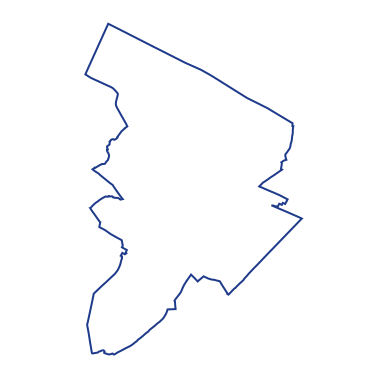 the district of San José Chiapa, Puebla, Mexico, rotated 272°
{"feature_id": "50627088B16531024966983", "entity_name": "San José Chiapa", "entity_type": "district", "adm_level": 2, "iso_a3": "MEX", "parent_name": "Mexico", "parent_adm1": "Puebla", "projection": "robinson", "projection_center": [-97.747, 19.248], "detail": "fine", "context": "isolated", "style": "outline", "palette": "blue", "viewbox_px": 384, "rotation_deg": 272, "n_neighbors": 0, "source": "geoboundaries", "source_scale": "gbopen_adm2", "svg_char_len": 5760}
<svg xmlns="http://www.w3.org/2000/svg" viewBox="0 0 384 384"><g transform="rotate(272 192 192)"><path d="M90.7,232.0L91.1,232.4L92.3,233.5L94.9,235.8L97.0,237.7L97.5,238.4L97.5,238.5L99.9,240.6L100.3,241.1L101.7,242.3L104.1,244.8L105.8,246.5L107.4,247.4L108.1,248.1L109.3,249.1L110.6,250.2L111.7,251.0L118.0,256.5L121.3,259.6L134.5,271.3L137.4,274.0L140.9,277.1L164.8,298.6L169.3,302.7L169.5,302.3L171.8,296.6L173.7,291.8L176.0,286.0L178.1,280.5L181.5,271.8L181.3,272.8L181.3,273.3L181.3,273.7L181.2,273.9L180.8,275.3L180.5,276.1L180.6,278.3L183.3,279.6L182.8,280.9L182.3,282.2L184.3,283.2L183.8,284.4L183.3,285.5L185.8,286.7L185.8,286.8L188.0,287.8L188.4,286.9L188.7,286.3L189.2,285.2L189.7,284.1L190.2,283.2L191.0,281.5L191.6,280.2L191.9,279.6L192.6,277.8L193.1,276.6L193.6,275.2L194.1,274.1L194.7,272.4L195.3,270.8L197.1,266.2L197.8,264.4L198.6,262.4L198.9,261.6L199.9,259.0L202.2,261.1L203.7,262.4L204.4,263.4L205.7,265.3L206.9,266.9L207.9,268.2L209.0,269.6L211.5,273.1L213.3,275.6L213.5,275.8L217.5,281.2L218.1,280.1L221.7,280.6L222.6,280.7L224.3,280.8L224.8,280.3L226.5,282.5L226.7,283.0L227.5,285.2L228.6,284.7L231.9,283.9L232.8,284.1L233.4,284.4L235.6,286.0L237.0,286.8L238.1,287.7L238.8,288.0L239.7,288.3L240.5,288.6L241.0,288.7L243.5,289.0L243.9,289.0L244.1,289.1L244.4,289.3L244.7,289.3L245.3,289.5L245.6,289.6L246.0,289.6L246.3,289.6L246.5,289.7L246.6,289.8L246.9,289.9L247.3,289.9L248.1,290.0L249.1,290.0L250.0,290.0L250.5,290.1L252.0,290.2L252.5,290.5L254.6,290.6L258.0,290.6L260.5,290.8L261.1,290.9L261.0,290.5L261.3,290.0L264.2,290.1L273.9,272.6L276.5,267.9L278.3,264.7L279.7,261.7L287.9,243.7L294.3,232.6L299.0,224.5L303.1,217.4L305.7,212.9L307.4,210.0L309.8,205.7L314.3,197.0L320.9,180.7L335.1,150.0L335.5,149.1L354.1,109.2L357.2,102.4L316.1,85.5L308.5,82.4L306.1,81.4L305.8,81.3L305.0,82.8L304.0,84.4L302.5,87.0L296.3,101.9L294.9,105.3L294.4,106.5L293.7,108.1L292.8,109.5L291.6,110.9L289.5,112.9L288.2,114.1L287.8,114.3L287.5,114.5L287.1,114.5L286.6,114.4L285.9,114.3L284.4,114.0L283.2,113.7L281.5,113.3L279.3,112.9L278.1,112.8L277.4,112.8L276.6,112.9L275.8,113.1L275.2,113.3L274.6,113.6L273.6,114.1L272.0,115.1L266.2,118.6L262.8,120.7L257.7,123.8L255.3,125.1L253.4,122.6L253.2,122.7L252.1,121.4L251.1,120.4L250.4,119.6L244.4,115.5L244.2,115.8L243.9,115.7L243.7,115.4L243.2,115.1L242.6,114.6L242.4,114.2L241.8,113.0L241.7,112.8L241.5,112.7L241.5,112.4L242.0,111.4L242.0,110.8L241.8,110.2L241.4,109.6L240.9,109.1L240.9,108.9L240.7,108.8L240.2,108.7L239.9,108.4L239.7,108.0L239.5,107.8L239.1,107.9L238.7,108.1L238.3,108.1L237.9,108.0L237.7,107.9L237.0,108.0L236.5,107.8L236.0,107.4L235.7,106.8L234.9,105.8L234.1,105.4L233.5,105.6L232.6,106.1L231.5,106.4L231.3,105.8L231.3,105.5L230.9,105.5L229.3,106.0L228.1,106.9L226.9,107.5L225.3,107.9L222.7,107.4L222.2,107.1L221.7,107.0L220.9,106.8L220.3,106.3L219.7,105.6L218.8,104.9L217.9,104.5L217.2,104.0L216.9,103.0L216.9,102.0L216.8,100.9L216.6,100.5L216.1,100.1L216.0,99.4L212.7,94.4L213.0,94.0L212.2,93.1L211.2,91.8L210.2,93.1L209.4,94.3L207.3,97.8L206.5,98.8L205.6,99.8L198.3,109.4L196.3,112.4L194.0,114.0L192.7,115.0L189.7,117.2L189.6,117.3L184.6,121.2L183.4,122.2L182.6,122.9L182.5,123.0L181.9,120.8L182.3,120.1L182.7,119.6L182.9,119.3L183.2,118.8L183.4,118.2L183.5,117.3L183.5,114.9L183.6,114.6L183.8,114.2L183.9,113.9L183.9,113.5L184.0,113.1L184.6,112.9L184.8,112.7L184.8,112.3L184.8,111.7L184.8,111.1L184.7,110.1L184.8,109.6L185.1,109.3L185.1,108.8L184.9,108.6L184.6,108.5L184.4,108.3L184.3,107.8L184.4,107.1L184.5,106.6L184.5,106.0L184.2,105.3L184.1,104.9L183.9,104.7L182.3,102.0L180.5,99.5L179.2,98.1L178.5,97.0L177.6,95.9L176.5,94.7L176.4,94.6L174.8,93.1L174.2,92.5L172.2,91.0L172.2,90.9L171.1,91.6L170.1,92.4L168.4,93.6L167.6,94.3L165.1,96.2L163.8,97.2L158.9,100.9L158.6,101.4L154.0,100.6L153.7,100.6L151.5,105.2L151.0,106.2L147.1,112.2L143.5,119.1L142.5,121.3L141.4,123.4L136.0,124.7L134.3,123.9L131.7,128.9L130.3,128.3L128.8,127.7L128.4,128.4L127.4,127.1L128.7,124.5L125.8,123.0L125.2,124.3L124.4,124.3L124.1,124.2L123.8,124.1L123.5,124.4L119.6,123.3L117.3,122.9L114.4,121.9L111.3,120.5L110.2,119.7L108.9,118.8L107.3,117.6L100.8,111.1L98.8,109.2L95.9,106.1L87.0,97.4L76.4,95.6L58.4,92.4L55.7,91.8L48.5,93.4L42.5,94.6L38.1,95.4L30.9,96.9L28.4,97.4L27.4,97.7L27.2,98.1L27.3,99.2L27.7,100.6L28.2,103.1L28.2,103.3L28.5,103.7L28.9,104.2L29.2,104.5L29.4,105.0L29.6,105.6L30.5,107.6L30.7,108.9L30.5,109.4L29.6,110.2L28.4,109.8L28.2,109.8L27.6,111.3L26.9,113.8L26.8,114.7L26.9,115.8L27.2,116.6L27.6,117.5L27.8,118.3L27.7,118.5L27.0,119.1L26.9,120.0L27.7,121.3L28.7,122.7L29.2,123.5L29.4,123.9L29.7,124.4L29.9,124.8L30.2,125.3L30.5,125.9L31.4,127.5L31.7,128.1L32.4,129.2L32.8,130.0L33.8,131.6L34.2,132.4L34.6,133.2L34.9,133.7L35.2,134.3L35.6,135.0L36.2,136.0L36.6,136.6L38.2,138.7L38.9,139.4L39.7,140.3L40.6,141.5L41.4,142.5L41.7,142.6L42.3,143.0L43.2,144.1L44.0,145.1L45.0,146.3L45.6,147.0L46.4,147.9L49.4,151.0L51.1,153.3L52.5,154.2L56.7,159.1L59.5,162.1L61.3,164.3L64.0,167.0L65.6,168.2L69.0,170.1L71.5,171.1L73.7,171.6L73.8,171.7L73.9,173.1L74.0,174.3L74.1,175.9L74.3,178.2L74.4,179.7L74.5,179.7L77.9,179.2L81.8,178.8L82.0,178.7L82.5,178.3L82.8,178.3L85.1,179.8L87.8,181.8L90.2,183.5L91.8,184.5L94.7,185.6L94.9,185.7L95.2,185.8L95.5,185.8L96.0,186.1L96.9,186.5L98.1,187.0L99.5,187.7L100.3,188.2L101.4,188.8L102.6,189.5L107.0,192.4L109.4,193.9L109.1,194.2L107.7,195.8L106.9,196.6L106.2,197.4L104.5,199.1L104.3,199.4L102.8,200.8L103.7,201.7L108.1,206.5L107.6,207.8L107.4,208.2L106.0,211.5L105.4,213.9L105.3,214.1L105.0,216.7L105.1,217.0L104.5,219.3L104.4,219.8L104.0,221.8L103.8,222.8L102.7,223.6L102.0,224.0L101.3,224.4L100.8,224.8L100.2,225.2L97.9,226.7L96.9,227.5L96.6,227.7L95.2,228.6L93.5,229.8L92.0,230.9L91.4,230.8L90.7,232.0Z" fill="none" stroke="#1e3a8a" stroke-width="2"/></g></svg>